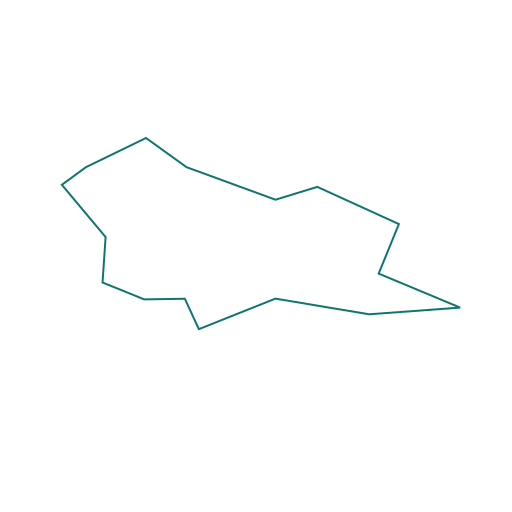 outline of Saint George, rotated 117°
{"feature_id": "ATG-5093", "entity_name": "Saint George", "entity_type": "Parish", "adm_level": 1, "iso_a3": "ATG", "parent_name": "Antigua and Barbuda", "parent_adm1": "", "projection": "natural_earth1", "projection_center": [-61.781, 17.118], "detail": "fine", "context": "isolated", "style": "outline", "palette": "teal", "viewbox_px": 512, "rotation_deg": 117, "n_neighbors": 0, "source": "natural_earth", "source_scale": "10m", "svg_char_len": 368}
<svg xmlns="http://www.w3.org/2000/svg" viewBox="0 0 512 512"><g transform="rotate(117 256 256)"><path d="M209.3,50.7L256.6,128.8L285.2,219.4L347.1,273.7L326.4,300.0L345.4,335.9L349.3,380.7L307.4,398.6L280.7,461.3L254.1,447.9L200.8,407.6L208.4,358.3L197.0,264.2L166.6,232.8L162.7,143.2L216.0,138.7L209.3,50.7Z" fill="none" stroke="#0f766e" stroke-width="2"/></g></svg>